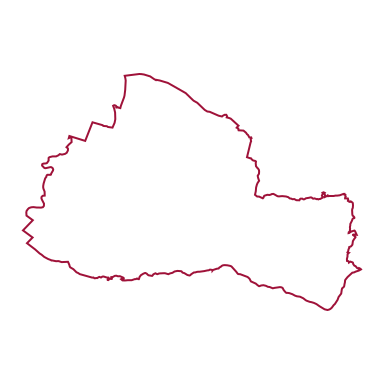 outline of Petelea, Mures, Romania
{"feature_id": "2599482B51636470976237", "entity_name": "Petelea", "entity_type": "district", "adm_level": 2, "iso_a3": "ROU", "parent_name": "Romania", "parent_adm1": "Mures", "projection": "natural_earth1", "projection_center": [24.753, 46.721], "detail": "fine", "context": "isolated", "style": "outline", "palette": "rose", "viewbox_px": 384, "rotation_deg": 0, "n_neighbors": 0, "source": "geoboundaries", "source_scale": "gbopen_adm2", "svg_char_len": 5997}
<svg xmlns="http://www.w3.org/2000/svg" viewBox="0 0 384 384"><path d="M334.9,304.0L337.6,299.8L338.6,297.0L341.2,293.6L341.8,289.5L342.1,288.4L343.8,286.9L344.2,286.1L344.5,284.1L344.9,282.5L345.1,280.3L345.5,279.6L347.6,277.0L352.3,272.7L354.1,272.4L355.7,271.6L358.8,270.6L361.0,269.4L360.5,268.8L358.9,268.0L358.4,268.6L357.2,268.1L355.5,266.1L354.6,265.8L354.2,265.5L353.2,264.0L353.0,262.9L352.6,262.4L350.3,261.6L348.9,262.6L348.6,261.5L348.2,261.1L347.0,260.9L347.0,260.6L346.9,259.0L347.5,256.5L347.5,254.7L347.9,253.8L348.7,253.0L347.7,252.9L347.4,252.4L348.1,251.6L348.5,249.3L349.2,248.2L349.1,247.2L351.1,246.3L352.4,244.7L352.9,241.1L354.1,239.1L355.5,237.3L355.5,237.0L354.8,236.3L353.0,235.0L353.0,234.8L353.4,234.5L353.8,234.5L356.7,234.8L355.1,231.3L354.5,230.6L353.5,230.8L351.0,231.7L349.1,233.0L348.6,233.1L348.7,232.3L350.3,230.7L349.9,230.0L350.1,228.8L349.9,227.1L350.3,225.3L350.3,224.0L352.1,220.4L352.4,219.2L353.4,218.2L353.9,218.0L354.2,218.1L354.4,217.9L354.3,217.3L353.8,216.6L352.6,215.5L352.3,214.2L352.1,210.0L352.4,208.7L352.8,207.9L353.0,205.3L352.8,203.1L352.5,202.6L350.8,201.4L350.3,201.9L349.5,201.9L349.2,201.8L348.6,200.8L347.9,200.8L347.9,200.6L348.2,199.8L347.9,198.5L345.1,198.4L345.1,197.8L345.7,196.5L345.3,196.0L345.4,194.8L344.2,194.5L344.3,193.9L343.5,193.9L339.7,195.3L337.2,195.6L335.5,195.6L333.6,196.0L329.5,196.0L328.1,196.2L327.7,195.4L326.8,196.1L324.4,197.2L324.3,196.8L324.7,196.5L325.2,195.5L324.4,193.7L324.5,193.3L324.8,192.9L323.6,192.3L322.4,192.8L322.9,194.0L321.9,195.4L322.4,196.9L322.3,197.8L320.1,199.0L319.3,199.0L318.4,199.4L317.6,199.0L316.9,199.2L314.5,198.4L313.1,198.7L311.5,197.5L310.5,197.4L308.9,197.8L305.9,198.3L304.7,199.1L303.9,199.4L303.3,199.3L302.4,198.7L300.5,198.7L300.0,199.1L299.4,200.3L296.3,200.2L294.4,199.1L292.4,199.2L291.2,198.6L289.7,198.4L288.3,197.2L286.1,196.5L282.2,196.1L278.9,196.4L277.5,196.2L274.4,194.4L273.3,193.9L271.7,194.1L270.8,194.6L269.4,195.0L267.3,194.8L264.5,195.7L263.9,196.3L263.5,197.6L262.8,198.3L259.1,196.6L257.1,196.5L255.0,194.8L255.8,191.2L256.1,187.5L256.9,184.6L257.7,182.8L259.1,180.8L258.1,177.8L257.7,175.8L259.0,173.7L259.1,171.5L259.0,170.2L258.1,168.6L257.2,167.8L256.0,166.2L255.7,163.0L256.0,161.7L255.9,161.4L255.1,160.9L253.2,160.5L252.2,159.8L250.8,158.2L250.2,158.3L247.0,157.2L250.6,142.4L251.1,141.4L250.7,139.3L251.0,138.7L251.5,138.3L251.2,137.4L249.4,137.5L248.0,135.0L247.0,134.2L246.0,132.7L243.5,130.6L238.6,130.3L238.3,129.4L238.4,128.8L238.3,128.5L236.7,127.7L238.0,126.1L238.5,125.7L230.8,118.7L229.4,118.1L226.7,117.4L227.1,116.3L226.3,114.8L224.6,114.8L222.6,115.9L222.0,116.5L218.6,115.7L209.7,111.8L207.3,111.5L204.7,109.9L197.3,102.8L193.6,100.7L192.6,99.8L185.7,93.1L167.8,82.9L159.8,80.5L156.1,79.8L155.9,80.1L154.1,79.1L150.2,76.4L144.0,74.5L141.3,74.1L139.3,74.0L124.7,75.8L125.3,78.0L125.7,80.5L125.2,89.9L124.5,95.6L124.0,97.5L120.9,105.8L120.3,108.1L118.6,107.7L117.7,107.1L116.9,107.6L116.3,107.5L116.2,107.3L116.3,106.9L116.2,106.1L115.6,105.6L114.5,105.2L113.9,105.3L113.1,105.8L114.2,108.6L115.1,112.5L115.3,119.2L114.6,122.8L112.5,127.6L108.0,127.0L106.8,126.2L103.8,126.0L103.0,125.7L102.7,125.2L92.5,122.3L85.2,140.9L69.4,136.0L68.8,138.1L71.1,137.1L71.4,137.9L71.6,142.1L68.8,144.6L66.5,147.2L67.9,148.4L68.0,149.0L67.9,150.5L66.7,152.8L65.0,153.9L62.0,154.6L59.8,154.1L58.4,155.3L56.1,156.4L52.5,156.4L49.7,157.1L49.0,157.5L48.6,158.0L48.6,160.6L47.1,162.9L46.0,163.4L43.5,163.6L42.4,164.0L42.1,164.8L42.1,165.6L44.3,167.9L45.2,168.2L46.5,168.0L50.4,167.1L51.0,167.1L51.7,167.4L52.7,168.2L53.2,169.5L53.0,170.5L51.7,172.7L51.1,173.8L51.0,174.5L50.7,174.8L47.4,174.8L46.8,175.3L46.4,176.2L46.3,176.9L45.7,177.6L45.1,178.6L43.6,183.6L43.2,186.0L43.2,187.5L43.5,188.9L44.6,191.6L44.7,195.6L42.7,195.8L41.6,196.9L41.4,198.1L41.8,199.4L44.0,203.7L43.9,205.9L42.9,207.2L41.1,207.6L36.5,207.5L33.4,207.1L31.2,207.3L29.1,208.0L28.0,209.0L26.6,210.9L26.3,212.4L26.5,215.6L32.8,220.2L23.0,230.4L32.6,237.5L27.0,243.2L35.1,249.4L39.7,253.5L41.6,254.7L44.2,256.9L48.1,259.0L51.0,260.1L51.4,260.5L52.0,260.4L56.0,261.2L58.6,261.1L61.6,262.1L68.0,261.8L69.4,265.0L69.6,266.1L70.2,267.3L73.4,269.2L76.5,272.3L78.3,273.1L79.7,274.1L92.2,277.6L93.5,277.5L94.3,278.2L94.9,278.3L96.3,278.0L97.2,278.1L98.6,277.2L99.4,276.9L101.0,277.5L102.4,276.6L103.6,276.5L107.3,277.7L108.0,277.5L108.4,277.6L108.8,278.3L107.6,279.8L107.7,280.0L108.3,280.1L108.8,279.7L109.5,278.7L110.0,278.6L111.0,279.0L111.8,278.9L111.9,278.6L111.3,277.3L111.3,277.1L112.8,277.0L114.7,275.9L116.2,275.7L118.0,276.3L119.9,276.2L123.2,277.6L123.8,278.2L123.7,278.6L121.8,278.8L121.1,279.2L122.5,280.4L124.9,280.5L127.8,280.2L131.7,280.2L134.8,279.1L135.9,279.1L137.0,278.5L138.1,279.1L138.9,279.1L139.6,276.9L140.9,275.2L143.3,273.7L145.0,273.0L145.4,273.0L146.8,273.7L147.7,274.7L148.6,275.3L152.1,275.9L152.3,275.8L153.4,274.3L155.4,273.3L157.0,274.1L157.7,274.1L158.7,273.6L159.9,273.4L164.2,273.2L165.3,273.3L168.3,274.2L170.1,273.4L172.5,272.8L174.5,271.5L177.4,270.9L181.1,271.2L181.7,271.5L182.3,272.4L182.8,272.7L184.3,273.1L187.4,275.0L189.5,275.5L190.3,275.2L191.1,274.3L193.8,272.5L195.3,272.4L197.2,271.8L199.8,271.7L204.2,271.1L207.4,270.4L208.7,270.3L210.0,269.6L212.0,269.9L212.5,270.4L212.5,270.6L213.0,270.0L214.5,269.5L216.9,268.7L218.6,268.5L219.4,267.5L220.9,266.7L221.7,265.9L223.0,265.3L224.6,265.1L227.3,265.3L229.8,265.8L231.0,266.2L231.6,266.6L236.2,271.7L237.8,273.8L238.6,274.1L240.2,274.2L247.6,277.0L249.5,278.7L250.9,281.4L255.8,283.6L257.6,285.2L258.9,286.1L259.6,286.1L261.1,285.5L263.4,285.2L265.9,285.8L267.9,286.8L269.6,287.0L272.8,288.3L274.4,287.9L280.0,287.1L281.7,287.4L282.8,288.2L283.4,289.6L284.2,290.7L285.7,292.4L286.4,292.9L287.7,292.9L289.2,293.1L292.4,294.2L294.9,295.6L296.9,296.3L300.0,296.7L303.3,298.3L305.7,300.2L306.6,300.7L309.6,301.8L311.6,302.2L313.9,302.9L316.5,304.1L319.3,306.1L324.6,309.3L327.5,310.0L329.0,309.6L330.3,309.0L331.8,307.7L333.7,305.1L334.9,304.0Z" fill="none" stroke="#9f1239" stroke-width="2"/></svg>